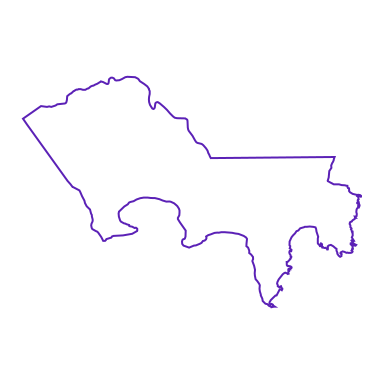 Savannes, Saint Lucia
{"feature_id": "8701671B93850487776066", "entity_name": "Savannes", "entity_type": "district", "adm_level": 2, "iso_a3": "LCA", "parent_name": "Saint Lucia", "parent_adm1": "", "projection": "robinson", "projection_center": [-60.919, 13.77], "detail": "fine", "context": "isolated", "style": "outline", "palette": "violet", "viewbox_px": 384, "rotation_deg": 0, "n_neighbors": 0, "source": "geoboundaries", "source_scale": "gbopen_adm2", "svg_char_len": 6002}
<svg xmlns="http://www.w3.org/2000/svg" viewBox="0 0 384 384"><path d="M103.2,240.9L105.0,240.9L105.7,240.3L106.4,239.1L111.3,237.6L112.1,236.4L113.6,235.9L123.0,235.4L132.2,233.8L137.1,231.0L137.3,230.2L137.2,228.7L135.9,227.7L134.6,228.0L132.2,226.7L129.7,226.2L129.1,225.8L129.1,225.0L126.4,224.2L125.4,223.6L124.1,223.4L120.9,221.6L120.1,220.4L118.9,216.7L118.6,213.5L119.0,211.6L124.3,206.5L127.8,204.3L129.0,202.6L130.3,202.0L133.6,201.2L136.5,199.5L140.2,198.2L143.7,197.6L147.7,197.6L150.9,198.0L155.0,198.1L159.5,199.2L162.6,200.5L166.3,201.6L169.7,201.5L170.9,201.8L174.1,203.3L176.0,204.9L177.3,206.1L178.9,208.6L179.5,210.4L179.5,212.7L179.3,215.3L177.9,217.9L177.9,219.1L180.0,222.5L185.7,230.6L185.5,236.6L184.9,238.4L184.5,238.9L183.3,239.2L182.6,239.7L182.0,241.4L182.2,243.9L183.5,245.6L189.1,247.6L193.9,245.6L195.9,245.4L199.8,243.8L201.5,242.9L202.9,241.0L204.6,240.6L206.0,239.4L206.5,238.0L206.1,236.5L208.3,235.1L210.6,234.4L214.5,232.9L217.2,232.6L218.8,232.7L221.3,232.2L224.7,232.2L232.1,232.8L235.4,233.5L238.5,233.9L243.7,235.9L246.1,237.5L247.0,238.9L246.5,243.7L246.4,246.2L248.1,247.6L249.3,250.8L249.2,253.0L251.2,254.6L253.0,257.0L253.1,259.2L252.5,260.4L252.4,261.2L254.1,265.8L255.0,269.8L254.7,273.2L254.9,275.7L255.6,279.2L257.3,281.1L259.1,283.7L259.8,285.2L259.5,288.8L259.9,291.6L260.8,294.5L260.8,295.4L262.3,298.6L262.7,301.0L265.4,303.7L267.5,304.2L268.7,305.6L269.6,306.2L270.5,306.1L271.3,307.2L272.3,306.7L272.8,307.0L273.8,306.5L274.2,306.7L274.9,306.7L272.9,305.4L272.9,304.7L272.3,304.3L271.5,303.9L270.7,304.3L269.6,303.7L269.5,302.3L270.8,300.1L273.2,297.7L275.5,295.5L275.9,295.6L276.6,295.4L279.7,289.4L280.7,289.4L281.8,290.2L282.4,289.0L282.3,288.5L281.7,288.1L281.0,286.2L280.2,286.5L279.8,287.1L279.1,287.2L278.8,286.8L277.8,286.3L277.8,285.2L277.1,283.7L277.4,282.1L278.7,279.4L282.7,274.3L284.5,272.9L285.6,272.7L286.0,273.0L286.8,273.2L287.7,274.0L288.6,273.7L288.3,272.6L288.4,271.5L289.2,271.1L289.2,270.4L288.3,270.3L288.2,269.9L288.6,269.3L288.6,268.9L289.5,268.6L289.5,268.9L290.3,269.2L290.3,268.4L291.3,268.2L291.6,267.7L291.5,267.1L290.5,266.3L289.7,266.3L288.7,265.9L288.1,266.2L287.2,265.7L286.8,265.0L286.7,262.0L287.5,262.0L289.5,260.0L289.7,259.5L290.3,259.2L290.3,258.5L291.1,257.8L291.3,257.2L291.3,256.7L290.6,256.5L290.6,255.2L289.6,253.7L289.3,252.1L289.7,251.0L291.2,251.2L291.5,249.9L289.7,248.3L290.2,247.1L290.2,246.0L289.6,245.5L289.5,245.1L289.6,241.5L291.5,237.3L293.0,235.4L295.0,233.4L296.5,231.2L298.3,230.5L300.2,228.3L304.1,227.2L304.8,226.8L306.9,226.8L309.7,226.5L313.6,226.9L315.5,227.4L316.1,228.9L316.5,231.6L318.2,236.8L317.8,238.5L317.8,242.9L317.9,243.6L318.7,244.3L319.6,245.4L319.9,246.1L320.3,246.1L320.6,244.2L321.0,243.4L321.8,243.9L322.1,244.7L321.7,246.5L322.3,247.6L322.8,247.5L323.0,247.1L323.8,247.8L324.7,248.0L325.6,247.8L326.7,248.6L327.2,249.5L327.8,249.4L327.9,247.8L327.7,246.4L328.9,245.4L330.9,244.9L333.3,246.3L335.5,248.2L336.5,248.8L336.5,250.7L337.4,252.8L337.3,253.7L338.7,255.7L340.1,256.8L341.4,256.1L341.4,255.2L341.7,254.1L341.3,253.5L340.8,253.7L340.4,253.2L340.7,252.4L342.7,251.4L344.5,251.9L346.4,252.8L347.6,252.6L348.3,252.9L350.2,252.9L351.1,252.8L352.2,252.3L352.6,251.6L352.3,250.8L351.6,250.5L351.9,250.0L352.2,248.8L352.9,248.8L352.9,248.4L352.6,247.8L352.7,246.4L350.6,244.1L350.7,243.3L351.5,243.1L352.1,243.4L353.2,244.7L354.4,245.5L355.5,245.7L356.2,244.9L354.7,244.2L353.4,243.3L351.5,240.5L352.0,240.1L352.8,240.4L353.5,241.0L354.0,240.9L351.8,237.4L352.7,235.5L352.6,232.0L352.3,232.1L352.3,231.6L351.9,231.6L351.4,229.7L351.0,229.3L351.5,228.4L350.4,227.2L350.4,225.4L349.6,223.9L349.9,223.3L349.9,222.4L350.7,221.8L351.2,221.8L351.9,221.4L352.0,221.0L352.7,220.2L354.7,219.0L354.9,217.9L355.9,217.9L354.9,216.5L355.4,216.5L356.6,216.0L356.8,213.9L356.3,212.0L356.6,209.4L357.2,208.3L357.8,207.8L358.9,207.5L358.9,207.1L358.1,206.9L358.1,205.8L358.2,205.7L359.0,206.1L359.4,206.1L359.6,205.2L357.2,203.3L357.2,202.5L357.5,202.2L358.9,203.0L358.7,202.0L357.7,200.3L357.9,199.8L358.6,199.4L358.2,196.8L357.1,196.1L357.3,195.8L358.0,195.8L359.1,196.0L360.5,196.7L361.0,196.6L361.0,195.8L360.1,195.1L358.7,194.8L356.9,194.9L352.7,193.9L349.9,192.2L349.0,190.9L349.2,190.3L349.0,188.3L348.0,188.1L347.5,187.0L347.4,185.8L345.8,185.6L345.0,185.3L341.7,185.1L338.9,184.3L333.7,184.3L327.9,181.2L327.7,180.8L328.7,177.5L329.3,171.0L331.4,167.9L331.2,165.5L332.2,163.1L332.8,162.2L333.6,160.5L333.9,158.9L334.6,157.0L210.8,158.1L209.9,156.4L209.1,154.4L208.4,153.3L207.5,150.6L206.0,148.3L203.4,145.3L202.2,144.3L201.5,143.9L197.4,142.9L196.3,142.2L195.1,140.5L192.5,135.8L188.8,130.9L188.2,129.6L187.8,127.6L187.5,120.8L187.2,119.7L186.8,119.4L185.2,118.4L177.0,118.2L174.7,117.7L173.0,116.4L170.0,113.4L166.9,109.8L164.0,107.0L159.8,103.4L157.9,102.2L157.4,102.1L156.6,102.3L155.9,102.7L155.5,103.1L155.3,103.6L154.8,107.3L154.4,108.3L153.7,108.9L153.3,109.0L152.2,108.4L150.0,104.9L149.1,102.0L148.9,99.4L149.1,96.8L149.7,94.0L149.7,92.1L149.7,91.1L148.9,89.3L149.0,88.9L147.3,86.4L144.2,84.0L139.9,81.2L138.5,79.2L137.8,78.6L135.1,77.2L127.4,76.8L125.3,77.2L121.9,79.1L119.4,80.2L116.3,80.5L115.2,80.2L113.9,78.4L113.4,78.1L112.4,77.7L111.0,77.7L110.1,78.3L109.2,79.1L108.9,80.0L108.8,81.4L108.5,83.2L108.2,83.6L107.8,84.0L106.6,83.9L103.2,82.1L100.9,81.4L100.5,81.9L99.9,82.1L97.4,83.7L95.0,84.7L93.5,85.6L92.3,85.8L90.7,86.5L88.5,88.4L87.4,88.6L85.3,89.8L82.9,89.8L80.6,89.1L78.6,89.1L77.7,89.6L76.4,89.6L74.9,90.4L74.4,90.9L73.6,91.1L71.2,93.4L70.6,93.5L69.2,94.5L67.2,96.2L66.9,100.0L66.4,102.1L65.7,103.1L64.8,103.5L57.3,104.3L55.6,105.5L51.3,106.9L49.2,106.4L47.0,106.9L41.0,106.1L23.0,118.7L27.0,124.5L67.7,181.1L70.4,184.1L72.6,187.0L72.9,187.0L79.4,190.4L80.3,192.1L82.1,196.3L84.4,200.6L85.0,203.1L86.7,206.3L90.0,209.5L91.1,213.7L91.8,214.9L91.9,216.5L92.6,219.2L92.7,220.3L92.5,221.6L91.5,223.7L91.2,225.4L91.6,227.5L92.0,228.6L92.4,229.1L95.7,231.0L97.1,231.6L98.1,232.5L101.3,237.1L103.2,240.9Z" fill="none" stroke="#5b21b6" stroke-width="2"/></svg>